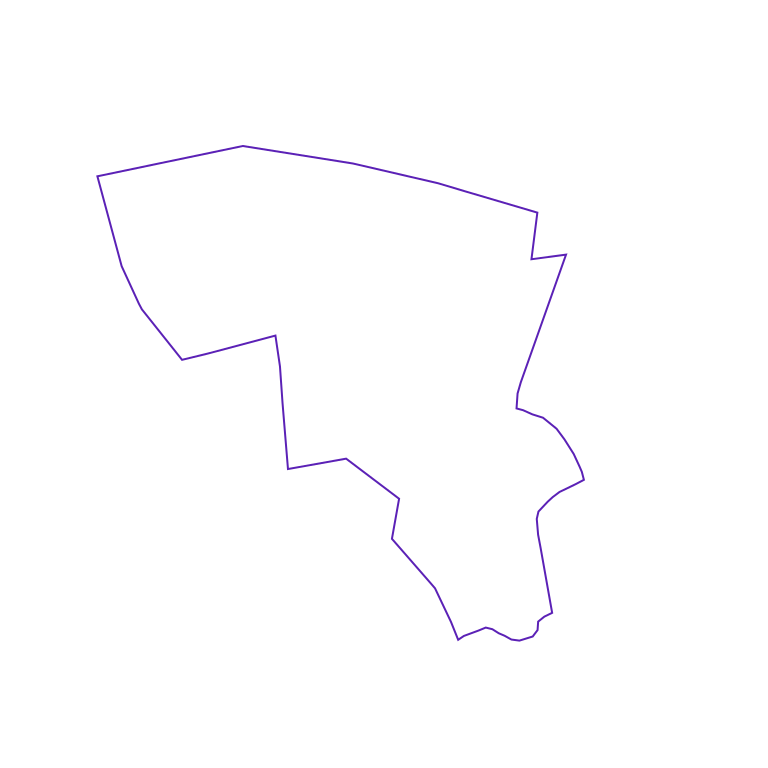 São João da Canabrava, Piauí, Brazil, rotated 342°
{"feature_id": "56859067B69117029069453", "entity_name": "São João da Canabrava", "entity_type": "district", "adm_level": 2, "iso_a3": "BRA", "parent_name": "Brazil", "parent_adm1": "Piauí", "projection": "albers", "projection_center": [-41.371, -6.715], "detail": "fine", "context": "isolated", "style": "outline", "palette": "violet", "viewbox_px": 768, "rotation_deg": 342, "n_neighbors": 0, "source": "geoboundaries", "source_scale": "gbopen_adm2", "svg_char_len": 873}
<svg xmlns="http://www.w3.org/2000/svg" viewBox="0 0 768 768"><g transform="rotate(342 384 384)"><path d="M473.2,653.6L482.3,588.2L484.0,574.9L487.6,559.5L491.5,553.0L503.4,546.5L509.5,543.7L517.6,540.9L535.2,538.5L544.5,536.9L545.0,528.7L544.5,523.3L542.8,509.2L538.5,492.4L534.3,479.9L524.8,465.2L515.7,458.7L508.2,451.9L502.5,448.2L508.1,434.3L514.6,424.7L597.1,317.2L562.8,310.9L582.8,268.4L520.5,225.7L497.5,209.8L422.6,164.7L323.2,114.0L175.6,97.9L170.9,190.9L175.7,231.9L176.8,238.2L199.4,298.6L225.8,300.6L295.7,304.4L290.5,335.1L283.8,362.0L281.6,370.8L266.4,435.2L324.9,443.3L362.9,497.8L343.7,533.7L366.9,588.1L369.4,594.1L374.2,631.0L375.5,650.2L382.1,648.3L397.6,647.7L405.5,647.1L411.3,650.7L416.1,656.5L420.9,660.7L426.2,666.4L433.5,669.9L447.4,670.1L454.0,665.5L457.2,657.6L464.6,654.8L473.2,653.6Z" fill="none" stroke="#5b21b6" stroke-width="2"/></g></svg>